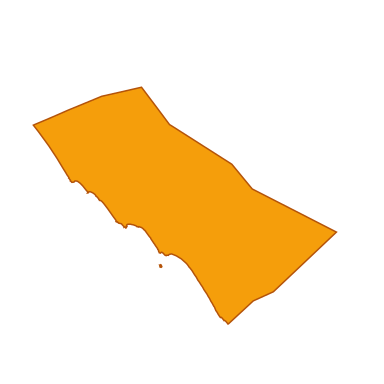 the district of Santiago Astata, Oaxaca, Mexico, rotated 62°
{"feature_id": "50627088B52540056379408", "entity_name": "Santiago Astata", "entity_type": "district", "adm_level": 2, "iso_a3": "MEX", "parent_name": "Mexico", "parent_adm1": "Oaxaca", "projection": "mercator", "projection_center": [-95.599, 15.985], "detail": "fine", "context": "isolated", "style": "filled", "palette": "amber", "viewbox_px": 384, "rotation_deg": 62, "n_neighbors": 0, "source": "geoboundaries", "source_scale": "gbopen_adm2", "svg_char_len": 3277}
<svg xmlns="http://www.w3.org/2000/svg" viewBox="0 0 384 384"><g transform="rotate(62 192 192)"><path d="M58.5,300.7L66.4,299.3L83.9,296.8L98.7,295.4L111.4,294.7L115.7,294.4L118.4,294.3L120.5,294.0L121.1,294.0L121.7,294.0L121.9,294.3L122.2,294.1L122.8,294.1L123.7,294.0L124.3,293.8L124.7,294.1L125.2,294.3L125.9,293.7L126.8,293.7L127.1,293.5L127.6,292.3L127.8,291.3L127.3,290.2L127.9,289.1L128.9,288.0L131.6,286.7L135.3,285.6L140.7,284.6L142.7,284.1L143.5,284.2L143.8,284.7L144.0,284.2L143.9,283.6L143.4,283.1L143.9,281.8L146.0,280.1L148.4,278.9L150.1,278.6L150.6,278.8L151.6,278.2L152.9,277.9L154.4,277.6L154.8,277.8L155.6,277.4L156.0,277.6L156.7,276.7L157.6,276.1L160.4,275.4L166.4,274.4L177.5,273.0L180.7,272.5L180.8,272.5L182.0,272.5L182.4,273.0L182.7,272.7L182.5,272.4L183.0,272.1L183.3,272.4L183.5,272.3L183.5,271.9L184.5,271.4L184.9,271.5L185.0,271.2L185.4,271.0L186.5,269.7L187.0,269.2L187.5,269.1L188.3,269.0L188.5,268.9L188.8,268.8L189.3,268.7L190.5,268.4L190.8,268.4L191.2,268.6L191.2,268.4L191.2,267.9L191.5,267.6L192.0,267.6L192.3,267.5L192.7,267.4L192.7,267.1L192.7,266.8L192.2,266.5L192.0,266.1L192.0,265.8L191.9,265.8L191.8,265.6L191.6,265.6L191.5,265.9L190.9,265.2L190.7,265.3L190.3,264.7L190.4,263.5L190.8,263.0L191.1,262.3L191.4,261.6L192.7,260.2L193.5,259.1L194.1,258.7L195.2,257.6L196.3,257.0L196.6,257.0L196.8,256.8L197.3,256.2L197.2,255.9L197.7,255.4L197.9,255.5L198.0,255.2L197.9,254.9L198.6,254.3L199.6,253.3L201.9,252.2L202.1,252.3L203.2,252.0L203.5,251.7L204.4,251.6L204.6,251.4L205.6,251.4L206.9,251.2L211.2,250.6L213.2,250.1L213.8,250.3L216.7,250.0L219.8,249.7L220.5,249.5L221.9,249.5L223.3,249.3L225.8,249.0L226.7,249.2L227.6,248.9L228.4,249.2L229.0,249.4L229.8,249.3L230.4,249.4L230.6,249.0L231.1,248.6L231.0,248.4L231.0,248.1L231.0,247.8L230.8,247.4L231.1,246.9L232.4,246.2L233.5,246.0L234.1,245.7L234.7,245.7L235.5,245.2L236.1,244.7L235.9,244.1L236.2,243.6L236.8,242.6L236.5,242.1L236.5,240.9L237.1,239.1L238.5,237.9L241.0,235.8L243.9,234.1L246.1,232.8L248.6,231.9L250.2,231.3L251.8,230.7L253.6,230.2L255.6,229.9L256.7,229.9L257.5,229.6L261.3,228.9L266.2,228.6L269.1,228.2L272.7,228.2L274.4,227.9L275.6,227.8L278.4,227.6L280.8,227.3L283.8,227.3L289.3,226.7L291.9,226.7L294.2,226.5L297.4,226.6L299.6,226.4L303.1,226.4L304.1,226.2L307.8,226.6L310.3,226.3L312.3,226.3L313.2,226.2L314.4,226.1L315.4,226.0L316.2,225.8L316.3,225.1L316.9,224.8L318.4,224.4L319.3,224.3L320.1,224.1L320.5,224.1L320.5,223.7L322.0,222.9L323.4,222.6L323.9,222.5L325.5,222.2L325.4,221.2L316.9,189.0L318.3,167.0L309.6,135.4L295.2,83.3L217.6,137.4L186.2,143.8L124.1,178.9L121.9,180.2L103.0,183.1L88.5,185.4L75.8,187.4L65.1,226.8L61.8,260.6L61.5,263.9L60.3,279.7L59.3,291.3L58.6,298.9L58.5,300.7ZM241.5,253.7L241.5,253.9L241.5,254.1L241.5,254.3L241.5,254.5L241.4,254.6L241.3,254.9L241.5,254.9L241.9,255.0L242.0,255.0L242.1,254.9L242.3,254.6L242.6,254.4L242.8,254.4L243.0,254.4L243.0,254.5L242.9,254.8L242.8,255.1L242.9,255.4L243.0,255.5L243.2,255.4L243.4,255.3L243.5,255.2L243.7,254.9L243.9,254.8L244.0,254.6L243.9,254.5L243.8,254.4L243.9,254.2L243.9,253.9L243.8,253.7L243.6,253.7L243.3,253.8L243.2,253.9L243.0,254.0L242.8,254.1L242.7,254.0L242.6,253.9L242.6,253.6L242.3,253.6L242.2,253.6L241.7,253.6L241.5,253.7Z" fill="#f59e0b" stroke="#b45309" stroke-width="1.5"/></g></svg>